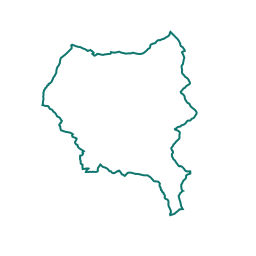 the district of Fosca, Cundinamarca, Colombia, rotated 254°
{"feature_id": "7082276B26264709784086", "entity_name": "Fosca", "entity_type": "district", "adm_level": 2, "iso_a3": "COL", "parent_name": "Colombia", "parent_adm1": "Cundinamarca", "projection": "natural_earth1", "projection_center": [-73.944, 4.318], "detail": "fine", "context": "isolated", "style": "outline", "palette": "teal", "viewbox_px": 256, "rotation_deg": 254, "n_neighbors": 0, "source": "geoboundaries", "source_scale": "gbopen_adm2", "svg_char_len": 5818}
<svg xmlns="http://www.w3.org/2000/svg" viewBox="0 0 256 256"><g transform="rotate(254 128 128)"><path d="M208.7,195.3L208.0,194.5L207.1,194.2L206.2,193.6L205.1,191.8L204.5,188.9L204.1,187.9L203.8,186.8L203.8,186.1L204.0,185.5L204.0,184.9L203.5,183.1L203.7,182.4L204.0,182.1L204.0,180.8L203.7,180.1L203.4,179.3L202.5,178.3L202.2,177.7L202.1,177.3L202.2,175.6L202.1,174.3L201.9,173.1L201.4,172.3L199.7,171.6L199.1,171.2L198.8,170.7L198.4,168.9L197.1,167.0L196.6,165.6L195.7,163.5L195.6,162.1L195.8,160.1L196.4,158.2L196.7,157.5L198.9,153.6L199.1,153.0L198.9,151.4L199.0,150.8L199.6,149.3L199.6,148.6L200.4,145.7L201.2,144.5L201.6,143.6L202.1,142.8L202.5,142.0L203.6,140.8L203.8,140.4L203.9,139.3L203.8,138.5L204.0,136.5L204.5,134.8L205.5,132.7L205.3,132.7L204.6,132.2L204.3,131.8L204.2,131.2L204.5,129.8L205.1,126.1L205.1,124.5L205.5,123.3L206.4,121.6L207.0,120.7L207.7,119.1L207.7,118.7L207.2,118.1L206.8,116.4L206.8,115.6L209.1,114.2L209.7,115.7L211.3,115.0L212.0,114.4L212.7,113.7L213.3,113.5L213.2,110.4L214.4,109.6L215.3,108.7L217.2,106.3L218.8,104.6L220.2,101.6L222.4,98.7L222.8,98.0L223.3,97.6L223.4,97.1L223.2,96.4L222.9,96.1L222.6,96.1L222.1,96.3L220.8,96.0L220.2,95.8L219.9,95.4L217.3,90.7L216.1,88.4L214.3,84.2L214.1,83.2L213.8,82.8L212.1,81.6L211.2,81.2L210.3,80.7L209.2,80.4L207.2,78.6L206.0,76.9L204.5,75.8L202.7,74.9L201.1,74.4L200.1,73.6L199.3,72.7L198.2,71.8L197.2,70.3L196.5,69.6L195.5,69.1L194.7,68.2L193.4,67.2L192.4,65.1L192.4,64.0L192.3,63.8L191.4,63.6L190.9,61.9L189.5,60.7L189.3,60.3L189.2,59.6L187.9,58.5L187.2,57.5L186.0,57.0L184.9,56.3L182.7,55.8L181.5,55.1L179.8,54.9L178.4,54.5L177.6,53.9L176.5,53.4L175.3,53.1L173.6,52.1L173.4,52.7L172.1,54.4L171.6,56.0L170.9,57.3L169.6,57.9L168.5,57.9L167.9,58.2L166.5,60.1L165.9,60.4L164.5,60.6L162.8,62.0L160.9,62.7L159.0,63.0L158.5,63.2L158.4,63.3L158.0,64.1L156.4,65.3L154.1,65.9L153.1,66.4L152.8,66.2L152.2,65.5L151.3,64.8L151.2,64.0L150.0,62.8L149.5,62.8L149.3,62.7L148.9,63.2L148.5,63.3L147.7,63.2L146.2,62.9L144.4,62.9L143.2,64.5L141.9,66.4L141.3,67.4L139.9,70.4L138.9,71.8L137.5,73.1L137.2,73.3L136.3,72.2L135.0,72.2L134.2,73.0L133.0,74.8L132.1,75.7L131.8,75.7L130.9,75.1L129.2,73.3L128.9,73.1L128.0,73.1L126.4,73.7L125.7,74.8L124.0,74.6L123.6,74.9L123.0,74.9L122.1,75.4L117.8,79.2L117.7,79.0L117.3,77.6L116.8,77.4L116.4,77.5L116.0,77.8L115.7,77.8L114.6,76.5L114.5,75.9L114.6,74.4L113.5,73.9L112.3,73.8L111.8,73.4L111.3,73.3L109.3,73.4L108.5,73.2L108.1,73.0L106.9,72.8L106.3,73.2L105.4,74.1L105.1,74.2L104.4,73.7L103.6,73.8L102.4,73.2L101.5,73.3L101.0,73.2L100.5,76.9L100.1,78.6L99.9,78.9L99.7,78.6L99.3,77.3L98.8,76.6L98.0,75.9L97.3,75.4L96.1,80.2L95.7,81.3L95.7,81.7L94.5,85.4L94.7,86.8L94.8,87.0L95.2,87.2L96.8,87.6L97.9,88.1L99.3,90.0L100.5,91.3L98.4,92.5L97.5,93.2L96.7,94.5L95.5,96.1L93.6,97.5L91.9,98.1L91.6,98.4L91.0,99.7L89.8,100.1L89.2,100.7L88.6,101.4L88.4,102.5L89.5,106.4L89.5,106.5L89.1,106.7L89.1,106.9L89.5,107.4L89.4,107.9L87.3,108.8L85.1,109.3L84.8,109.9L84.4,110.4L82.8,111.7L83.1,112.3L83.5,112.6L83.8,113.4L84.9,115.1L84.8,116.9L84.3,118.5L81.8,122.6L81.2,124.5L80.5,126.1L80.1,126.7L78.3,129.9L77.5,132.2L77.4,132.9L76.6,134.4L75.9,134.7L74.6,135.9L74.0,136.3L72.4,137.0L71.5,137.6L70.8,137.7L69.8,138.3L69.4,138.9L69.0,140.3L68.5,141.1L68.3,141.8L67.9,142.4L67.4,142.7L65.7,143.3L65.5,143.2L64.7,142.7L63.4,142.3L62.4,142.7L61.8,142.9L60.8,142.7L60.0,142.9L59.5,142.6L59.2,142.6L58.6,143.3L57.5,143.2L56.8,143.4L56.6,143.5L56.2,144.3L55.0,144.1L54.5,144.4L53.3,144.8L52.3,144.7L52.0,144.6L51.4,144.1L51.0,144.0L50.6,144.1L49.8,144.4L49.4,144.8L48.3,146.2L46.7,146.7L44.8,146.3L44.0,145.9L42.1,145.6L41.1,145.6L40.0,145.9L36.8,146.3L35.2,146.1L34.2,145.1L33.7,144.7L32.6,144.6L32.6,147.4L32.8,149.3L33.5,150.6L34.6,153.4L34.9,154.0L35.6,154.9L35.0,158.3L37.7,157.6L40.5,157.7L41.6,157.9L46.5,157.8L48.4,157.9L48.8,158.0L49.5,158.9L50.9,160.2L51.6,161.7L52.3,162.6L52.4,163.4L52.9,162.9L53.9,162.7L55.1,162.7L57.9,163.2L59.1,163.8L59.6,164.5L60.6,165.4L61.6,166.1L62.4,167.2L62.9,168.5L63.9,169.8L64.6,170.3L66.0,170.6L66.6,171.3L66.9,173.1L66.9,174.6L67.1,175.4L68.2,175.4L68.8,175.9L69.2,175.9L69.4,175.3L69.8,173.2L70.1,172.6L70.6,171.9L71.6,171.1L72.0,171.0L73.2,170.7L75.7,169.4L77.1,167.8L76.9,167.0L77.1,166.6L77.6,166.4L78.5,165.8L79.8,165.5L81.1,164.9L83.8,164.2L85.5,163.0L86.6,163.0L87.8,162.6L88.9,162.5L90.6,162.9L91.0,163.2L91.8,164.4L92.4,164.6L93.5,164.7L94.2,164.1L94.4,164.0L95.4,164.1L96.3,163.9L96.8,164.1L97.3,164.7L98.3,166.2L98.9,166.7L99.5,167.0L99.7,167.3L100.1,168.3L100.8,169.5L101.6,170.3L103.3,173.8L103.8,174.4L104.5,174.9L105.9,175.1L106.8,175.4L108.9,176.4L109.7,176.6L110.6,176.1L111.2,175.7L112.2,174.6L113.2,173.1L113.6,172.8L114.0,172.7L114.2,173.0L114.3,174.2L115.1,175.8L115.2,176.3L115.0,178.7L115.1,179.1L115.6,179.7L115.8,180.1L115.8,182.0L116.0,183.1L116.7,184.6L118.4,186.8L118.5,187.2L118.6,187.8L118.2,188.7L118.1,189.7L118.4,190.6L119.3,191.7L119.3,192.4L119.5,193.6L119.9,194.5L121.2,196.0L122.7,197.7L123.5,198.1L124.4,198.2L126.2,197.7L127.7,196.8L130.3,194.9L131.4,194.2L133.5,193.8L134.4,193.7L134.7,193.5L135.2,192.6L136.5,191.7L137.4,191.6L138.8,191.1L139.1,190.9L140.8,190.8L142.3,191.1L143.7,190.9L145.5,190.0L146.8,188.8L147.7,188.6L148.1,188.6L148.6,189.2L149.5,190.6L150.6,192.0L150.8,192.6L151.0,193.9L151.3,194.3L151.9,195.0L152.2,195.4L153.2,199.1L153.5,199.5L154.1,200.0L155.1,200.0L158.6,199.2L160.2,198.2L161.2,197.2L161.5,197.0L163.5,196.3L165.2,195.3L166.8,195.2L168.0,195.7L168.9,196.0L171.8,196.3L172.8,196.6L173.3,197.0L174.1,198.2L174.4,198.4L178.8,200.7L180.0,201.5L182.6,201.3L185.5,200.8L186.1,200.9L186.3,201.5L186.4,203.8L187.0,203.9L187.5,203.9L190.6,202.8L191.5,202.0L192.2,201.4L192.6,201.3L193.4,201.2L194.5,201.4L195.7,201.3L198.0,200.8L199.5,200.3L200.7,199.7L203.1,198.3L208.7,195.3Z" fill="none" stroke="#0f766e" stroke-width="2"/></g></svg>